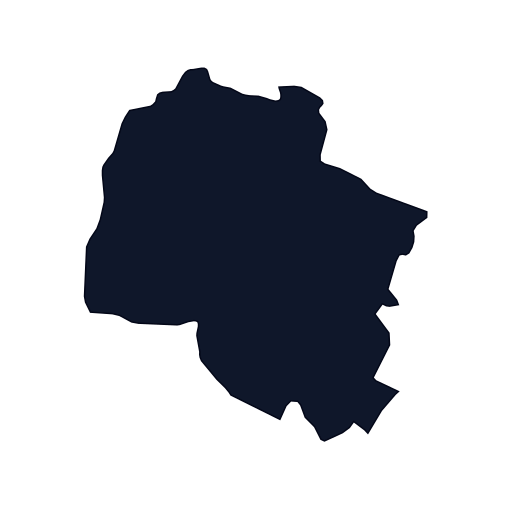 outline of Forlì-Cesena, rotated 79°
{"feature_id": "ITA-5365", "entity_name": "Forlì-Cesena", "entity_type": "Province", "adm_level": 1, "iso_a3": "ITA", "parent_name": "Italy", "parent_adm1": "", "projection": "natural_earth1", "projection_center": [11.987, 44.042], "detail": "fine", "context": "isolated", "style": "filled", "palette": "ink", "viewbox_px": 512, "rotation_deg": 79, "n_neighbors": 0, "source": "natural_earth", "source_scale": "10m", "svg_char_len": 1820}
<svg xmlns="http://www.w3.org/2000/svg" viewBox="0 0 512 512"><g transform="rotate(79 256 256)"><path d="M416.2,142.1L418.3,145.6L431.5,162.3L451.3,180.0L447.3,182.5L437.1,191.7L442.2,197.1L445.9,204.9L450.6,224.1L448.3,227.2L434.8,231.0L423.7,238.4L410.8,240.5L406.6,242.7L404.8,249.5L408.7,255.1L420.9,263.7L387.7,307.1L384.6,308.3L379.4,311.1L369.5,317.9L348.4,329.4L344.9,330.1L341.9,330.0L339.4,329.4L323.0,329.2L320.6,328.6L314.5,326.0L312.4,325.5L311.2,325.4L309.4,325.6L308.2,327.1L307.5,329.4L307.4,335.1L308.6,343.9L308.5,346.5L299.5,384.2L297.0,390.6L288.2,401.3L285.2,407.9L279.5,429.2L268.8,432.1L262.8,432.0L214.8,420.5L207.7,415.6L198.9,406.9L190.7,401.9L174.3,394.7L169.7,393.5L147.5,391.3L142.8,390.4L139.5,389.2L137.7,387.9L131.9,381.9L128.1,376.9L125.9,375.1L100.6,362.1L94.9,357.8L92.7,355.7L89.1,352.2L89.0,330.9L87.9,328.2L85.5,324.9L82.7,323.7L79.0,321.7L77.8,319.3L77.6,316.3L78.7,307.7L77.9,305.0L76.7,302.8L65.5,293.7L62.3,290.1L61.0,287.3L60.7,284.8L61.1,282.1L61.3,274.0L61.9,270.9L63.5,269.0L65.8,268.4L74.0,267.7L76.0,266.8L77.6,265.4L82.6,258.3L83.9,255.8L86.5,249.2L94.7,238.8L96.1,235.9L97.6,231.8L99.7,223.2L103.6,215.5L105.4,212.7L107.8,207.4L107.9,204.3L107.0,202.2L105.0,201.2L102.5,200.7L100.3,200.6L96.0,201.2L94.6,201.2L96.8,186.2L99.2,179.4L113.0,163.3L116.1,161.2L119.0,161.3L120.7,163.1L122.2,165.3L124.3,166.9L127.8,167.2L137.3,162.6L145.5,162.4L168.8,173.8L175.1,174.9L178.8,171.2L186.3,157.1L200.8,138.4L212.2,131.4L217.3,126.0L245.2,79.9L250.7,81.1L256.3,92.7L261.1,97.1L266.7,97.2L272.2,98.6L277.4,101.4L282.1,105.4L283.4,108.8L282.1,111.9L282.2,115.3L287.4,119.4L313.8,133.0L326.2,126.4L330.9,125.6L330.7,134.4L329.7,137.5L327.0,141.1L335.6,150.4L357.0,140.2L368.8,141.9L397.8,164.4L401.4,162.2L416.2,142.1Z" fill="#0f172a" stroke="#020617" stroke-width="1.5"/></g></svg>